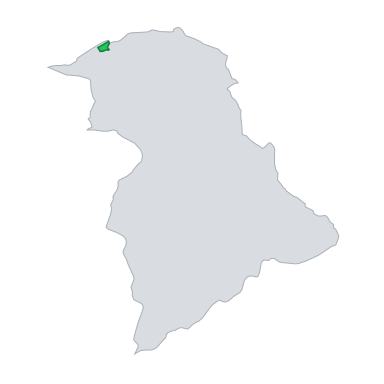 Dédé-Mokouba, Mambéré-Kadéï, Central African Republic shown in context, rotated 92°
{"feature_id": "33826404B19731387545693", "entity_name": "Dédé-Mokouba", "entity_type": "district", "adm_level": 2, "iso_a3": "CAF", "parent_name": "Central African Republic", "parent_adm1": "Mambéré-Kadéï", "projection": "equal_earth", "projection_center": [15.345, 3.879], "detail": "fine", "context": "in_parent", "style": "filled", "palette": "green", "viewbox_px": 384, "rotation_deg": 92, "n_neighbors": 0, "source": "geoboundaries", "source_scale": "gbopen_adm2", "svg_char_len": 4397}
<svg xmlns="http://www.w3.org/2000/svg" viewBox="0 0 384 384"><g transform="rotate(92 192 192)"><path d="M270.3,121.8L274.0,123.1L274.7,124.6L273.7,129.6L274.4,132.7L276.6,135.3L278.7,136.5L280.7,137.1L287.8,138.7L290.7,140.6L294.7,146.4L299.6,151.8L300.8,154.6L300.6,157.1L299.2,160.3L299.4,161.6L301.7,164.7L304.3,167.9L309.0,171.4L317.2,177.0L320.9,180.7L322.2,183.5L324.3,186.6L327.2,189.4L329.2,191.6L327.9,197.7L328.3,199.7L329.1,201.5L330.8,203.9L331.5,207.0L333.2,210.8L335.2,212.6L338.6,213.2L340.4,215.0L344.1,218.1L347.6,220.8L349.2,222.6L350.1,224.2L351.0,226.1L351.4,228.1L351.5,232.2L352.1,237.3L354.1,240.9L355.9,243.5L348.6,240.5L347.5,240.4L346.2,240.9L342.4,244.6L341.2,245.1L336.4,244.3L324.8,241.4L315.8,238.6L313.2,237.6L308.4,236.6L305.2,238.5L302.3,245.1L301.5,246.4L296.8,248.3L294.6,247.8L289.3,249.6L281.0,246.9L278.0,247.4L275.7,248.8L269.7,251.8L266.1,253.5L261.9,255.0L257.9,257.4L255.2,258.7L252.6,258.7L250.2,257.3L247.6,256.2L244.5,255.9L241.3,256.6L238.5,259.2L237.4,261.1L235.0,266.1L232.2,274.2L231.1,275.8L230.1,276.7L217.1,272.6L211.5,271.7L207.8,272.9L203.0,270.7L200.9,270.3L200.0,271.0L197.3,269.9L193.0,267.2L188.9,266.0L185.2,266.4L183.0,265.5L181.2,262.8L178.8,257.9L174.6,253.0L168.9,249.1L165.3,246.1L163.9,244.2L160.9,243.1L156.2,242.9L151.7,244.8L145.3,250.9L139.3,263.4L136.0,268.2L133.3,269.5L132.7,272.5L134.0,277.3L134.4,282.8L133.4,292.2L133.8,299.0L132.4,297.9L131.0,294.7L130.3,294.1L126.4,295.5L124.3,296.8L123.2,298.1L122.4,298.3L121.2,296.6L120.2,296.2L118.6,296.6L117.0,296.5L116.0,296.3L115.3,296.5L113.5,295.4L106.6,292.8L105.5,291.9L104.1,292.0L100.6,294.3L98.7,294.9L93.1,296.4L87.1,297.1L84.8,297.1L83.2,298.1L82.2,299.6L80.3,308.2L79.8,309.7L79.9,311.9L79.4,318.9L79.6,321.1L72.4,340.2L71.2,337.0L70.5,333.3L70.2,329.0L70.3,327.9L69.9,326.6L69.3,323.1L69.8,320.8L69.4,318.5L68.0,316.1L66.7,314.4L66.0,312.8L65.4,312.1L63.9,311.8L62.1,311.0L54.1,299.8L45.7,287.2L44.0,283.1L43.3,280.7L45.4,280.4L45.9,280.0L45.9,278.9L44.7,275.7L44.1,271.6L43.0,269.0L39.8,265.2L36.7,262.3L35.7,260.7L35.1,258.6L33.9,245.0L33.4,241.1L32.4,239.4L31.7,238.6L31.4,237.7L31.6,235.3L32.0,233.1L32.0,232.2L32.8,230.3L32.8,217.8L31.8,216.0L29.9,216.0L28.9,214.2L28.1,211.9L28.4,210.2L30.2,207.7L31.4,206.7L34.9,204.7L35.9,203.7L36.5,202.4L36.9,200.7L39.0,194.3L42.0,187.8L43.4,186.5L46.4,177.0L47.2,174.6L47.7,172.2L48.7,170.2L52.0,167.0L54.6,161.4L57.3,161.7L60.2,162.6L63.8,163.0L66.6,162.0L68.5,159.8L77.3,156.0L77.9,153.0L79.3,151.4L80.9,150.0L81.4,149.8L81.6,150.8L82.5,153.9L84.5,157.1L87.5,160.5L88.3,160.3L90.1,157.7L94.7,156.1L95.9,155.4L99.1,151.6L103.0,149.2L105.3,148.3L109.3,145.8L112.1,146.1L116.6,145.7L124.1,144.5L129.6,144.1L132.3,143.7L133.0,143.2L134.0,139.5L134.9,138.5L136.9,137.0L140.9,131.5L143.5,126.9L144.3,125.2L144.8,124.9L146.0,123.0L144.8,121.0L140.3,116.9L140.4,116.3L140.1,115.6L140.4,115.1L142.1,113.4L144.4,111.5L146.8,110.8L153.2,110.9L158.7,110.5L160.0,110.6L164.3,109.7L167.2,108.8L170.2,106.8L176.9,107.0L182.6,102.0L184.2,101.1L184.9,100.3L185.1,99.6L187.7,97.6L190.7,93.5L193.0,89.8L193.6,87.2L200.0,78.3L202.2,78.5L203.3,77.4L205.8,71.5L206.5,70.4L209.2,69.4L210.4,67.7L211.5,65.1L211.5,61.8L210.9,59.3L210.9,58.0L211.5,56.9L212.5,55.7L217.4,52.6L218.6,51.0L219.3,49.6L220.7,49.4L222.2,49.5L223.1,48.7L224.1,47.2L227.5,45.3L230.6,43.8L233.9,44.4L239.8,46.4L241.6,50.6L242.5,52.0L249.9,62.0L251.3,64.3L255.0,71.6L257.3,76.4L259.9,83.5L260.2,87.3L259.9,90.5L259.4,99.8L258.8,102.5L255.6,107.4L255.5,109.7L256.2,111.6L257.1,112.3L257.8,113.2L257.4,117.6L258.6,119.3L261.0,120.4L267.1,121.2L270.3,121.8Z" fill="#d9dde1" stroke="#a8b0b8" stroke-width="1"/><path d="M54.6,288.9L54.8,287.8L54.7,287.6L54.6,287.4L54.5,287.1L54.3,286.5L54.4,286.3L54.5,286.0L54.5,285.8L54.2,285.5L54.1,285.1L54.0,284.8L53.9,284.7L53.7,284.5L53.5,284.1L53.5,283.7L53.4,283.4L53.2,283.2L53.0,282.9L53.0,282.6L52.9,282.1L53.0,281.7L53.0,281.4L53.2,281.1L53.1,280.7L53.0,280.4L52.9,280.0L52.7,279.7L52.3,279.9L52.0,280.4L51.6,281.0L51.2,281.2L50.7,281.4L50.4,281.4L49.9,281.3L49.5,281.2L49.2,281.1L48.8,280.8L48.6,280.7L48.3,280.5L48.1,280.5L47.7,280.5L47.5,280.3L47.4,280.2L47.0,280.2L46.3,279.7L46.1,279.8L45.9,280.0L45.5,280.1L44.8,280.3L44.6,280.4L44.3,280.6L45.6,282.5L46.2,283.5L50.1,289.7L51.0,291.1L52.4,290.3L52.7,289.9L53.1,289.7L53.3,289.3L53.6,289.0L54.0,288.9L54.6,288.9Z" fill="#22c55e" stroke="#15803d" stroke-width="1.5"/></g></svg>